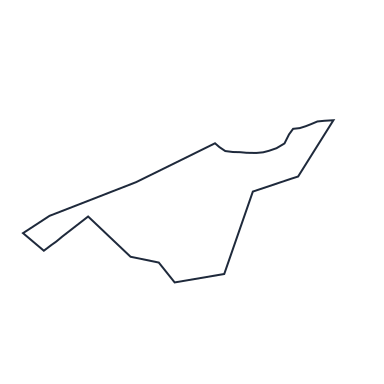 Lagoinha do Piauí, Piauí, Brazil, rotated 48°
{"feature_id": "56859067B7695377468194", "entity_name": "Lagoinha do Piauí", "entity_type": "district", "adm_level": 2, "iso_a3": "BRA", "parent_name": "Brazil", "parent_adm1": "Piauí", "projection": "orthographic", "projection_center": [-42.63, -5.813], "detail": "fine", "context": "isolated", "style": "outline", "palette": "slate", "viewbox_px": 384, "rotation_deg": 48, "n_neighbors": 0, "source": "geoboundaries", "source_scale": "gbopen_adm2", "svg_char_len": 575}
<svg xmlns="http://www.w3.org/2000/svg" viewBox="0 0 384 384"><g transform="rotate(48 192 192)"><path d="M147.3,226.9L114.4,313.8L109.5,345.1L136.5,341.4L137.3,331.9L138.0,326.1L138.3,318.4L140.7,285.6L199.0,281.0L222.2,263.9L247.6,265.4L274.5,222.9L232.4,146.5L248.5,109.4L251.5,102.8L233.3,38.9L227.7,45.9L223.5,51.6L221.2,58.2L219.2,63.5L216.6,69.2L212.7,74.6L214.1,81.3L217.8,90.8L216.0,99.9L212.9,107.2L210.1,112.6L206.0,118.1L199.4,125.2L194.6,129.6L189.7,134.8L183.8,139.9L176.9,141.6L171.2,142.3L147.3,226.9Z" fill="none" stroke="#1e293b" stroke-width="2"/></g></svg>